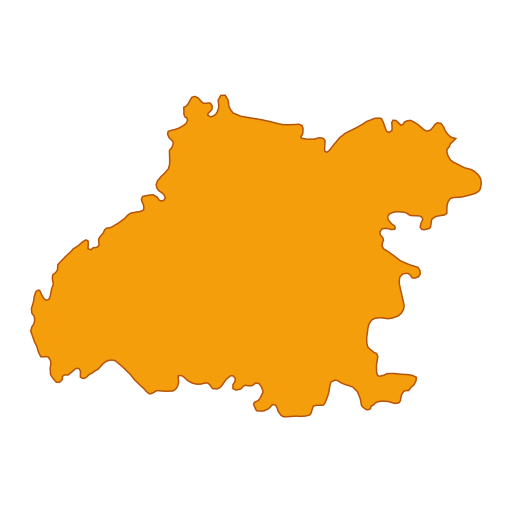 Mogilev, Mogilev, Belarus
{"feature_id": "67162791B13586571917215", "entity_name": "Mogilev", "entity_type": "district", "adm_level": 2, "iso_a3": "BLR", "parent_name": "Belarus", "parent_adm1": "Mogilev", "projection": "albers", "projection_center": [30.317, 53.845], "detail": "fine", "context": "isolated", "style": "filled", "palette": "amber", "viewbox_px": 512, "rotation_deg": 0, "n_neighbors": 0, "source": "geoboundaries", "source_scale": "gbopen_adm2", "svg_char_len": 6041}
<svg xmlns="http://www.w3.org/2000/svg" viewBox="0 0 512 512"><path d="M408.7,390.5L409.2,389.7L411.2,387.2L413.9,384.9L415.9,381.2L416.4,377.3L412.5,375.4L407.7,374.6L401.7,374.3L393.8,373.5L387.1,373.6L383.7,375.3L379.3,376.3L377.4,375.0L376.6,372.0L376.5,368.8L376.4,365.5L376.9,362.4L377.8,356.5L376.5,353.4L374.2,352.6L368.1,347.6L366.9,343.5L366.7,340.5L366.8,336.4L367.5,331.9L367.9,328.0L369.1,323.8L371.6,320.1L374.7,318.4L377.6,317.9L381.5,317.8L388.2,318.7L392.0,318.1L397.7,316.2L401.0,313.6L403.5,309.6L404.1,305.3L401.2,292.3L400.5,289.6L399.2,283.0L399.4,279.6L399.9,276.9L402.8,273.9L405.9,273.4L408.0,273.4L410.5,275.3L412.2,277.9L414.9,278.1L418.5,276.8L420.2,274.1L420.0,270.8L418.0,267.4L410.1,264.9L406.0,263.3L400.2,260.7L394.4,256.1L386.8,250.7L383.7,249.0L382.0,245.7L382.6,242.3L383.5,240.4L382.8,237.7L380.5,235.0L379.8,232.2L381.7,229.0L384.0,228.5L387.7,228.5L391.4,229.6L394.8,229.2L395.2,227.6L394.4,225.7L392.4,224.6L390.0,221.9L388.2,219.7L387.6,216.4L389.6,213.8L393.3,212.3L396.6,211.7L402.7,212.0L406.2,212.8L407.8,214.0L410.1,215.4L413.4,215.7L416.5,215.7L419.7,216.0L421.8,217.1L422.8,219.4L421.1,223.0L420.4,225.3L420.3,227.4L421.9,229.4L424.0,229.8L429.3,228.5L430.6,226.9L431.3,221.2L431.8,219.5L433.2,218.2L434.8,217.1L436.9,216.2L442.1,215.3L444.2,215.1L445.6,214.3L446.8,213.5L446.9,208.4L447.1,204.9L448.2,201.5L450.1,198.7L453.0,197.6L459.7,197.2L462.1,196.9L468.1,195.5L475.3,193.4L478.7,191.2L479.9,189.9L480.5,187.7L481.3,183.5L480.7,179.2L479.6,176.7L477.3,173.9L474.2,171.2L471.1,169.5L464.2,167.7L458.0,164.4L453.2,162.1L450.1,159.5L448.3,156.5L446.9,152.3L447.0,149.4L449.2,146.8L450.4,143.8L455.0,139.5L455.8,138.5L452.0,137.5L450.3,136.7L447.6,134.1L445.2,130.7L443.8,127.3L441.1,123.4L437.3,122.8L434.8,124.6L432.8,127.5L430.5,130.0L428.4,130.8L426.5,131.1L423.6,129.5L418.2,124.7L414.2,122.2L410.6,120.4L407.0,120.8L404.3,122.2L403.1,124.4L401.0,125.2L399.4,123.6L395.9,120.5L393.0,120.2L391.8,122.3L392.1,128.5L391.8,130.6L389.4,132.3L386.6,131.4L384.4,125.5L383.0,121.6L381.3,118.4L377.8,118.1L375.0,118.3L366.6,121.5L361.8,124.7L357.3,127.2L345.2,133.3L339.3,138.0L335.9,142.3L334.4,143.9L329.3,150.5L326.7,152.3L324.7,151.1L324.6,149.4L324.8,145.8L325.0,140.5L323.3,138.4L321.0,137.9L318.3,137.9L314.5,139.1L307.0,139.2L301.6,138.2L300.9,136.4L302.4,134.5L302.9,132.3L303.0,128.3L302.0,125.5L298.8,124.2L293.3,124.6L287.6,124.7L282.4,124.6L277.5,123.5L270.5,121.7L262.0,119.8L240.9,116.3L233.1,113.0L231.0,110.4L229.0,106.7L228.0,99.9L225.2,95.2L220.8,95.4L218.1,100.3L218.6,104.1L218.7,107.5L217.5,111.3L216.2,113.8L213.6,115.9L210.6,116.9L207.7,115.2L208.2,113.2L210.2,111.5L211.9,109.3L212.3,106.3L210.6,103.4L208.8,102.9L205.6,103.3L203.3,103.3L200.8,101.0L198.2,98.0L194.9,96.4L192.0,97.2L190.0,100.2L188.7,103.0L187.4,104.8L185.8,106.5L183.8,107.3L183.9,111.2L183.9,114.3L185.2,117.2L186.9,117.9L187.5,120.4L186.2,123.3L184.1,125.0L181.2,126.9L178.2,128.4L174.3,129.7L172.2,130.1L168.1,131.4L167.6,134.3L169.0,137.5L172.9,141.4L173.2,143.8L172.0,147.4L169.4,150.4L169.7,160.0L169.6,164.5L168.4,168.8L164.6,173.2L161.2,176.4L157.6,180.7L156.1,184.7L157.1,188.5L158.8,190.7L162.3,193.1L164.2,195.1L165.4,198.0L163.7,200.4L161.3,200.9L159.1,200.1L157.2,197.2L153.5,194.9L150.7,194.9L148.2,195.3L142.7,196.4L141.4,199.1L141.9,201.5L143.2,204.1L143.9,207.7L143.5,210.0L139.8,211.7L136.7,211.9L133.8,212.6L132.3,212.7L129.9,213.6L127.8,215.1L124.3,218.8L118.6,222.9L116.2,224.4L112.1,226.9L109.7,227.8L106.5,228.1L104.6,230.0L103.1,233.2L100.5,236.1L98.8,238.8L98.7,242.2L99.1,244.8L97.9,246.6L96.0,247.6L93.9,247.6L92.9,248.0L90.9,249.8L88.0,248.6L88.3,243.7L88.0,240.9L86.0,239.9L83.7,241.1L81.9,242.4L78.3,245.7L73.1,249.0L70.6,251.9L66.3,255.8L61.1,261.1L57.8,264.6L57.5,269.9L55.6,272.6L52.8,274.8L52.3,277.7L52.6,280.5L53.3,283.7L52.8,285.7L51.7,288.5L50.1,296.7L48.7,299.4L47.4,300.0L45.8,300.0L44.0,298.7L41.8,295.1L40.9,293.0L39.6,290.3L37.9,290.2L35.8,291.8L34.4,296.2L33.3,302.5L32.3,305.7L31.4,308.8L31.9,313.3L34.3,316.5L34.7,320.6L33.7,324.2L32.0,326.6L30.7,331.0L34.6,342.0L36.9,346.5L37.9,350.6L39.6,354.5L41.0,356.9L46.1,356.6L48.3,357.1L50.7,360.9L50.8,364.5L50.1,368.5L50.4,371.0L50.4,374.1L51.9,376.9L54.0,379.6L56.3,382.2L58.9,382.4L60.6,381.5L62.4,379.3L62.4,376.6L63.6,375.4L65.1,374.9L68.0,375.0L71.2,372.5L75.2,369.0L76.8,368.3L79.0,368.6L80.4,371.0L80.4,377.2L82.6,378.4L84.1,378.3L85.6,377.8L87.3,376.4L88.4,375.1L90.4,373.8L92.2,373.0L95.3,370.7L98.1,369.2L103.1,363.7L106.1,361.4L109.6,360.2L112.4,360.1L115.3,360.7L122.3,366.6L130.3,374.4L134.3,379.5L139.8,384.9L144.2,388.9L146.5,391.6L148.1,392.9L149.4,393.8L150.4,393.8L153.3,392.8L155.9,391.0L157.8,390.6L163.1,391.1L167.7,391.2L172.8,391.0L174.8,389.8L176.4,388.2L177.7,385.8L178.6,382.9L178.3,378.5L178.2,375.9L179.6,375.6L181.6,375.6L183.7,376.9L187.6,380.5L191.4,382.7L193.4,383.4L196.9,384.2L200.7,384.1L205.1,383.1L207.4,382.9L209.4,384.4L212.6,388.6L217.0,388.9L219.8,387.7L222.4,384.9L224.8,381.3L226.6,378.9L230.7,375.7L233.2,375.9L235.3,378.3L234.8,381.9L233.0,384.5L232.9,388.6L235.9,390.1L240.8,389.0L243.2,386.3L245.4,385.2L247.6,385.7L250.8,385.9L253.3,384.9L255.5,383.1L257.7,383.3L259.2,383.7L261.4,386.9L262.7,390.2L262.9,392.5L259.9,398.7L257.9,400.7L254.3,402.4L253.6,404.3L255.9,409.8L257.1,410.9L261.9,411.1L264.4,410.7L268.1,409.0L269.9,407.5L271.5,405.5L273.5,404.4L275.6,405.2L277.1,407.7L278.2,411.5L281.2,415.5L283.7,416.8L289.7,416.6L296.2,416.1L300.4,416.4L305.3,416.1L309.9,414.9L311.1,413.0L312.0,409.9L313.4,406.0L316.8,405.3L323.0,405.2L324.5,403.8L326.1,400.3L327.8,395.8L329.0,391.2L329.9,385.5L330.9,382.1L335.0,380.1L337.6,380.6L340.4,382.4L342.4,383.4L345.1,384.5L348.2,385.4L352.7,387.0L357.3,391.5L360.1,398.3L360.8,401.5L361.2,404.3L362.1,406.5L365.5,409.2L367.3,409.8L369.4,409.4L370.5,408.6L371.1,406.2L373.3,405.0L375.2,403.1L377.7,401.8L381.6,401.1L386.2,401.3L389.0,401.7L391.8,402.6L394.8,403.4L397.5,403.2L399.3,402.4L400.4,400.6L401.0,397.1L401.7,394.3L403.6,391.6L405.0,390.7L408.7,390.5Z" fill="#f59e0b" stroke="#b45309" stroke-width="1.5"/></svg>